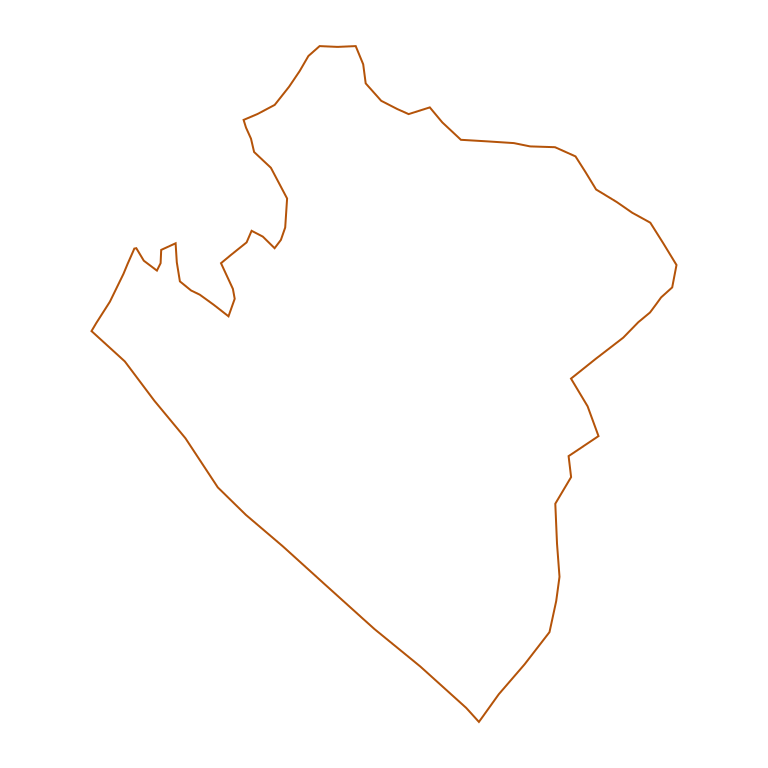 Al-Samawa, Al-Muthannia, Iraq (Equal Earth projection)
{"feature_id": "34846034B29652817116796", "entity_name": "Al-Samawa", "entity_type": "district", "adm_level": 2, "iso_a3": "IRQ", "parent_name": "Iraq", "parent_adm1": "Al-Muthannia", "projection": "equal_earth", "projection_center": [45.309, 31.221], "detail": "fine", "context": "isolated", "style": "outline", "palette": "amber", "viewbox_px": 768, "rotation_deg": 0, "n_neighbors": 0, "source": "geoboundaries", "source_scale": "gbopen_adm2", "svg_char_len": 1292}
<svg xmlns="http://www.w3.org/2000/svg" viewBox="0 0 768 768"><path d="M642.9,218.6L632.3,212.8L616.7,202.0L596.1,189.5L585.5,172.1L575.5,156.4L555.0,147.2L530.1,146.4L513.9,143.1L487.7,141.4L460.9,139.8L442.3,122.4L429.8,107.4L408.6,114.1L397.4,109.1L381.2,100.8L365.7,83.4L363.2,64.3L355.7,46.1L337.6,46.9L319.6,46.1L308.4,56.0L299.7,71.0L289.1,86.7L274.7,104.9L257.3,114.1L243.6,119.9L246.0,127.6L251.0,138.7L254.1,152.0L270.9,167.8L287.1,198.5L285.2,227.5L280.9,239.9L274.6,248.2L262.8,236.6L251.6,230.8L246.6,242.4L231.0,254.9L221.0,263.2L232.9,288.9L234.7,298.8L228.5,316.3L213.6,304.7L199.8,294.7L191.1,290.5L179.9,281.4L176.8,262.3L175.6,243.3L161.2,249.9L160.6,263.2L156.9,270.6L143.8,260.7L136.3,248.2L134.3,248.6L133.3,251.0L127.6,263.9L123.5,273.8L109.9,301.7L96.3,323.0L91.5,331.1L92.4,331.9L124.8,361.4L154.4,400.8L185.4,438.2L217.8,487.4L245.9,514.9L282.9,546.4L324.2,583.8L362.8,618.6L374.5,629.1L420.3,666.5L466.2,707.9L478.9,721.9L481.4,718.5L498.8,694.2L524.6,664.3L549.5,632.1L556.2,601.1L559.5,576.8L557.0,543.5L555.3,503.7L571.1,477.1L568.6,456.1L598.5,436.1L587.6,406.3L571.0,378.6L595.9,358.7L623.3,337.6L638.3,322.2L650.0,312.5L656.4,303.9L661.1,297.4L672.2,287.4L676.5,265.0L663.4,243.5L650.3,222.7L642.9,218.6Z" fill="none" stroke="#b45309" stroke-width="2"/></svg>